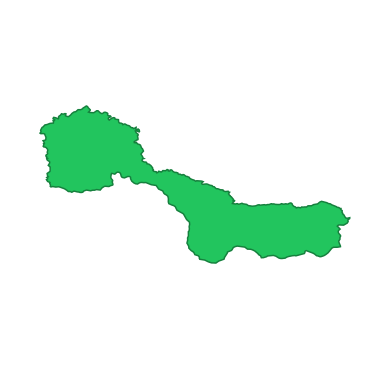 the district of Capitão Poço, Pará, Brazil, rotated 280°
{"feature_id": "56859067B50516914991267", "entity_name": "Capitão Poço", "entity_type": "district", "adm_level": 2, "iso_a3": "BRA", "parent_name": "Brazil", "parent_adm1": "Pará", "projection": "equal_earth", "projection_center": [-47.202, -2.066], "detail": "fine", "context": "isolated", "style": "filled", "palette": "green", "viewbox_px": 384, "rotation_deg": 280, "n_neighbors": 0, "source": "geoboundaries", "source_scale": "gbopen_adm2", "svg_char_len": 6019}
<svg xmlns="http://www.w3.org/2000/svg" viewBox="0 0 384 384"><g transform="rotate(280 192 192)"><path d="M143.1,295.3L144.3,296.6L145.2,298.2L146.7,302.0L147.3,304.3L147.2,305.4L150.9,313.3L151.9,313.7L152.8,313.5L153.5,313.8L154.1,314.7L152.9,321.3L152.3,323.3L150.9,325.7L150.9,327.0L150.5,329.2L150.7,330.2L152.1,332.8L153.4,334.4L155.8,336.6L161.0,339.5L162.1,340.9L162.9,344.9L163.9,347.7L164.5,347.6L168.0,345.4L169.2,345.0L171.1,345.9L173.0,345.6L174.1,346.0L175.0,345.8L176.8,343.6L178.1,342.9L179.5,343.0L181.2,344.3L183.6,341.0L184.6,341.7L185.1,342.5L185.7,347.1L188.4,350.3L190.0,350.9L191.5,350.3L193.2,351.9L194.1,351.8L193.2,349.7L193.0,348.3L193.9,347.1L195.9,345.5L196.6,344.2L197.3,344.1L197.9,343.3L199.6,343.2L200.6,341.6L201.6,341.6L201.5,340.6L202.2,339.3L202.2,337.5L202.7,336.5L203.7,331.7L204.3,330.5L204.4,327.9L204.9,326.7L205.3,321.2L204.2,319.5L202.1,317.8L200.7,313.9L199.2,312.1L198.5,308.6L197.1,307.4L196.9,305.7L196.4,304.1L196.3,302.6L195.3,301.7L195.3,299.1L194.4,297.4L195.2,296.6L195.6,294.6L196.7,293.2L197.9,292.5L198.4,291.3L197.8,289.8L196.9,288.8L196.6,287.7L196.7,286.5L195.9,284.4L196.0,282.0L195.3,281.3L194.8,280.1L194.3,276.4L194.5,274.6L194.1,273.7L194.3,272.6L193.9,271.5L192.9,270.0L192.9,269.0L192.0,266.9L192.1,265.5L190.8,261.2L191.1,260.4L190.7,259.1L189.4,257.1L188.5,253.9L188.4,250.1L188.7,249.0L189.3,248.1L189.2,244.2L189.6,243.2L188.3,240.8L188.0,239.7L188.4,238.9L188.2,237.9L187.7,236.9L187.7,233.8L189.2,234.4L190.2,234.1L189.9,235.0L190.7,235.5L191.4,234.3L192.0,234.0L194.1,231.5L194.3,230.7L194.9,230.4L195.3,229.5L196.5,228.3L198.3,229.1L198.4,227.9L199.0,227.5L198.2,224.7L198.6,222.6L199.3,222.3L199.4,221.3L199.1,219.8L199.7,216.8L199.5,215.7L199.7,214.8L201.0,213.0L201.0,211.5L201.8,210.6L201.8,208.3L202.4,206.0L202.4,204.6L201.4,201.2L201.7,200.3L202.5,199.9L204.1,201.2L204.4,199.8L204.3,198.5L203.9,194.7L203.3,193.7L204.0,192.1L204.4,189.5L205.1,187.3L205.9,186.9L206.5,184.5L206.4,183.3L207.6,181.1L207.6,180.1L206.9,179.2L207.5,177.0L207.1,176.1L207.5,175.1L208.3,174.8L208.6,172.7L208.2,171.9L208.9,169.7L209.9,168.6L210.2,167.6L209.9,166.7L209.2,166.8L208.7,166.0L208.7,165.0L209.6,164.7L209.8,163.6L208.4,162.4L208.0,159.5L207.0,159.0L206.3,158.1L206.7,155.7L205.2,154.8L204.8,153.8L205.7,153.3L205.7,150.8L206.5,149.7L207.1,150.1L208.2,149.1L209.0,149.0L210.9,146.9L211.9,144.9L212.0,142.7L213.1,142.2L213.5,141.4L213.2,140.3L213.6,138.2L214.2,137.3L216.0,137.5L216.6,138.8L216.9,137.9L218.3,137.1L220.5,135.1L223.9,137.1L226.0,135.7L226.7,134.6L229.2,133.1L229.7,131.8L229.8,130.3L230.4,129.3L231.1,128.8L230.7,128.0L230.6,126.6L231.3,126.3L232.0,126.8L232.6,127.7L233.5,128.3L234.0,129.5L234.7,129.7L238.1,128.5L238.7,129.1L239.5,128.8L240.6,126.8L242.2,125.6L242.6,127.0L242.0,129.5L242.7,129.8L244.2,129.0L244.7,127.9L243.3,126.7L243.7,126.0L244.6,125.6L245.3,125.9L246.0,125.7L244.7,124.2L244.3,123.3L245.0,122.5L244.9,121.3L245.3,120.1L246.0,119.4L246.4,118.4L246.5,116.5L247.3,114.5L247.2,113.5L246.3,112.3L247.1,111.7L247.5,110.2L247.3,108.6L248.1,107.7L250.5,107.0L250.4,104.5L250.6,103.4L251.5,103.1L251.7,102.3L251.4,101.3L250.0,99.4L248.5,98.1L248.9,97.2L249.7,96.8L250.6,96.9L252.0,99.1L252.7,98.5L252.6,96.6L253.0,95.6L254.7,95.4L255.2,94.5L255.5,92.9L255.2,91.6L253.8,90.3L253.6,89.1L254.0,87.9L255.7,85.3L255.5,84.1L253.0,81.5L252.5,77.3L252.7,76.2L254.6,77.5L255.3,77.5L257.0,75.1L257.9,74.4L258.4,73.3L257.7,72.1L257.1,71.8L255.9,70.2L255.0,69.8L253.7,68.1L253.3,65.5L250.9,63.6L250.3,61.9L248.5,60.1L246.7,59.1L244.8,57.3L244.7,56.1L245.1,54.1L247.1,54.3L247.2,53.3L246.6,52.4L246.3,51.2L246.4,49.9L244.8,49.1L243.5,47.8L242.6,47.5L241.7,47.9L240.8,47.5L241.4,45.1L241.5,43.7L241.4,42.7L240.0,42.4L239.2,44.3L238.3,43.8L238.0,42.9L237.4,43.4L235.8,43.5L234.9,40.2L233.3,37.6L232.5,35.5L230.2,34.0L229.7,33.3L228.9,32.9L226.5,32.2L225.1,32.9L223.6,32.1L223.2,32.9L223.7,35.4L223.6,36.7L220.5,38.7L218.2,38.9L217.4,38.1L216.7,36.4L215.1,37.8L214.2,38.2L213.8,37.4L212.8,37.9L211.2,37.5L210.7,38.1L210.7,39.7L210.3,40.8L209.1,42.2L208.2,42.7L206.0,42.5L205.0,43.2L204.0,42.9L203.5,42.2L202.8,41.8L202.0,41.9L201.4,42.9L200.5,42.8L200.1,43.9L199.5,43.2L198.5,43.7L197.9,44.7L197.6,45.7L196.8,46.7L195.5,46.7L193.3,45.8L191.9,48.0L188.3,48.6L187.5,48.5L185.1,46.1L182.7,47.0L182.1,47.8L181.1,46.5L180.7,47.3L179.7,47.5L178.9,46.5L177.3,48.0L176.7,50.5L175.5,50.5L174.8,51.2L174.0,51.5L173.0,51.4L172.5,52.2L173.2,53.9L173.2,57.0L174.0,59.7L173.9,60.9L173.1,65.7L172.0,68.4L171.1,69.9L171.0,70.9L171.4,71.6L170.9,73.7L172.1,75.2L172.4,76.0L172.2,78.8L172.3,80.9L172.1,81.8L172.5,83.8L173.0,84.6L174.3,85.4L175.6,87.8L175.6,92.0L176.5,93.8L176.9,95.8L177.8,97.5L178.0,101.3L180.5,102.7L182.3,104.7L182.6,105.6L182.9,108.8L183.2,109.7L183.8,110.2L185.1,112.7L185.9,112.8L188.2,111.6L189.2,112.0L190.0,111.6L191.2,110.1L192.6,109.4L195.8,109.4L196.4,109.7L196.2,112.9L198.2,114.5L198.7,115.4L198.7,116.3L198.6,117.2L198.1,118.0L197.4,118.6L195.2,119.6L194.5,120.3L194.2,121.2L194.2,123.1L196.2,126.2L196.4,128.0L195.9,128.9L194.4,129.2L192.3,130.7L190.8,133.2L190.3,135.1L190.4,137.0L192.1,138.9L192.7,140.7L192.8,142.9L193.3,144.9L192.1,150.6L192.2,155.6L189.1,158.6L188.0,163.0L185.9,164.5L185.3,165.3L184.6,167.4L183.6,169.0L181.4,169.9L178.1,170.4L176.5,171.2L175.6,174.8L175.5,176.1L174.7,178.0L171.4,180.4L169.3,186.6L168.8,187.5L163.9,191.5L161.9,194.7L159.7,195.3L157.4,195.2L155.3,195.8L153.3,195.9L152.3,195.3L148.0,196.1L146.0,195.6L143.9,196.1L140.8,195.9L138.1,198.1L136.1,198.7L134.2,201.3L132.9,204.2L130.8,205.7L130.3,209.3L129.3,210.5L128.2,210.6L127.1,211.3L127.2,216.3L126.1,220.1L125.6,223.4L126.2,227.9L128.6,230.3L131.4,235.2L133.2,235.4L137.8,237.3L139.1,237.4L141.1,240.7L141.9,241.4L144.4,242.3L145.5,243.6L146.6,245.9L146.9,253.6L145.4,256.5L145.8,259.7L145.6,261.3L144.9,263.9L142.8,267.6L141.9,268.4L141.1,270.6L139.3,271.7L139.8,273.9L141.3,276.8L142.1,277.4L143.7,283.2L143.4,285.7L142.1,288.9L141.9,290.3L142.1,292.1L143.1,295.3Z" fill="#22c55e" stroke="#15803d" stroke-width="1.5"/></g></svg>